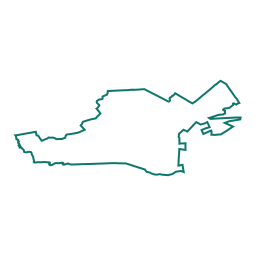 Krišjāņu pag., Balvu, Latvia
{"feature_id": "27541924B18316673123467", "entity_name": "Krišjāņu pag.", "entity_type": "district", "adm_level": 2, "iso_a3": "LVA", "parent_name": "Latvia", "parent_adm1": "Balvu", "projection": "natural_earth1", "projection_center": [27.279, 56.822], "detail": "fine", "context": "isolated", "style": "outline", "palette": "teal", "viewbox_px": 256, "rotation_deg": 0, "n_neighbors": 0, "source": "geoboundaries", "source_scale": "gbopen_adm2", "svg_char_len": 5373}
<svg xmlns="http://www.w3.org/2000/svg" viewBox="0 0 256 256"><path d="M239.3,103.0L236.7,98.8L235.0,96.9L234.0,95.4L231.9,92.3L229.4,88.8L226.9,85.2L226.3,84.2L224.0,82.8L220.5,80.8L219.1,81.9L216.0,84.6L215.3,84.7L210.6,88.9L210.0,89.4L205.1,93.5L202.3,95.7L199.2,98.4L197.3,99.9L196.4,100.6L195.4,101.5L193.9,102.4L193.1,102.9L192.4,103.4L191.9,103.1L191.7,103.0L191.6,102.9L189.5,101.8L184.6,98.8L181.8,97.2L181.7,97.1L180.9,96.7L175.3,93.3L175.0,93.3L174.5,94.4L174.3,94.5L173.7,95.0L173.4,95.4L173.1,95.6L172.9,95.7L172.2,96.0L171.9,96.1L171.8,96.3L171.7,96.4L171.6,96.7L171.4,97.0L171.1,97.2L170.3,97.4L169.9,97.8L169.5,98.5L169.9,99.3L169.9,99.9L170.0,100.4L169.9,100.7L169.1,101.4L168.8,101.6L168.0,101.4L160.6,97.5L159.1,96.7L146.5,90.3L145.2,89.6L144.5,89.2L144.4,89.2L142.0,89.3L136.8,89.7L133.3,89.8L133.2,89.9L133.1,90.0L132.2,89.6L131.5,89.8L130.8,89.8L127.1,90.2L125.4,90.2L114.3,90.7L107.7,91.1L107.6,92.9L107.6,93.0L107.1,94.2L107.0,94.6L106.4,94.9L102.8,96.4L102.7,96.4L102.6,96.5L102.6,97.0L102.6,97.9L102.6,98.5L102.5,98.8L102.3,99.0L102.1,99.1L99.0,99.6L98.8,99.7L98.5,99.9L98.3,100.0L97.9,100.3L97.0,100.9L96.9,101.0L96.7,101.7L96.7,102.1L96.9,102.6L97.0,102.9L97.8,103.7L99.2,105.1L99.3,105.2L99.2,105.6L99.1,105.9L98.1,107.2L97.0,108.5L96.8,108.6L96.6,108.7L99.4,112.1L100.4,113.5L96.4,117.5L95.7,118.4L91.2,119.3L87.3,120.4L83.3,121.7L82.9,121.8L82.0,123.9L81.6,124.5L80.7,125.5L84.7,129.8L81.7,131.1L80.9,131.5L78.7,132.5L73.4,133.6L72.5,133.7L70.8,134.0L69.5,134.2L68.2,134.3L67.7,134.4L66.3,134.8L66.1,135.0L65.8,135.6L65.6,136.0L65.2,137.8L62.4,138.7L62.1,139.0L56.5,139.1L56.3,139.1L56.2,139.1L55.9,138.9L54.9,138.2L54.6,138.0L54.2,137.9L53.3,137.7L52.4,137.6L52.0,137.6L50.8,137.7L50.4,137.7L48.9,137.6L48.6,137.5L48.4,137.7L47.1,138.6L46.5,138.8L45.1,139.4L41.7,140.8L40.7,139.4L40.3,138.8L39.0,136.9L38.2,135.7L36.5,135.3L35.8,131.8L16.8,135.2L15.4,135.3L15.7,135.7L15.9,136.3L16.3,138.2L16.4,139.0L16.6,139.0L16.8,139.0L17.3,139.3L17.4,139.5L17.5,139.8L18.0,139.9L18.1,140.0L17.8,140.2L17.7,140.4L17.7,140.5L17.8,140.7L18.4,141.0L18.6,141.3L18.6,141.7L18.8,141.8L18.5,142.2L18.3,142.4L18.2,142.6L18.3,142.7L18.3,142.8L18.3,143.0L18.5,143.2L19.0,143.7L19.6,144.3L19.6,144.5L19.3,144.7L19.0,144.8L18.6,145.2L18.5,145.5L18.8,145.8L19.0,145.7L19.3,145.6L19.6,145.6L19.9,145.5L20.1,145.6L20.2,145.8L19.8,146.1L19.5,146.4L19.5,146.5L19.8,146.9L19.7,147.0L19.6,147.3L19.6,147.6L19.9,147.7L20.3,147.4L20.6,147.3L21.0,147.3L21.3,147.4L21.5,147.6L21.7,147.9L21.8,148.3L22.0,148.4L22.4,148.9L23.6,149.9L23.8,150.2L23.9,150.5L24.0,150.8L24.0,151.3L24.2,152.0L25.1,152.2L26.0,152.3L26.6,152.3L27.5,152.1L28.2,151.9L28.5,151.9L29.0,151.9L29.9,151.9L30.3,152.0L30.8,152.1L31.1,152.2L31.3,152.4L31.4,152.6L31.5,152.9L31.6,153.1L31.8,154.1L31.9,154.8L32.2,155.2L32.8,156.1L33.0,156.4L33.1,156.7L33.4,158.4L33.6,159.3L33.8,159.9L34.0,160.5L34.1,160.9L34.1,161.0L33.8,161.6L33.7,161.8L33.8,162.0L34.3,162.4L35.0,162.5L35.7,162.5L36.1,162.5L37.3,162.2L37.9,162.2L38.8,162.2L39.9,162.3L40.4,162.3L43.4,162.1L44.4,162.0L45.1,162.1L45.5,162.1L47.0,162.3L49.4,162.4L49.6,162.4L49.8,162.5L49.9,162.8L49.9,163.1L49.3,163.7L49.2,163.9L49.2,164.1L49.2,164.4L49.2,164.5L49.5,164.8L50.2,165.1L50.6,165.1L51.0,165.1L51.4,165.1L51.8,165.0L52.3,164.8L52.7,164.6L53.2,164.2L53.4,164.1L54.0,163.8L55.2,163.3L56.0,163.0L56.3,163.0L58.1,163.3L61.7,162.8L62.3,162.7L62.5,162.7L62.9,162.8L63.1,163.0L63.3,163.2L63.4,163.4L63.3,163.7L62.7,164.1L62.7,164.3L62.9,164.5L63.4,164.6L63.7,164.6L64.3,164.6L64.9,164.4L66.0,164.1L67.7,163.6L67.9,163.5L68.4,163.6L68.7,163.7L69.2,164.0L70.6,164.5L70.8,164.5L71.2,164.5L79.5,164.3L79.7,164.2L85.6,164.1L106.4,163.4L107.8,163.3L108.4,163.3L109.3,163.2L111.6,163.2L114.6,163.1L118.7,163.3L124.7,163.4L125.7,163.4L127.7,164.0L129.7,164.6L135.1,166.4L140.2,168.0L141.0,168.2L141.2,168.3L144.4,169.4L144.7,169.5L144.9,169.5L145.0,169.7L145.4,170.2L146.3,171.5L146.5,171.7L146.6,171.8L146.8,171.9L147.1,172.0L149.7,172.5L149.8,172.5L150.6,173.1L151.1,173.4L155.2,174.6L155.4,174.6L155.8,174.6L156.9,174.6L157.4,174.6L159.1,174.2L159.5,174.2L160.1,174.2L161.2,174.5L161.6,174.6L164.7,174.9L168.3,175.2L169.1,174.8L172.2,174.2L176.0,171.7L176.3,171.6L177.9,171.4L181.0,171.0L183.7,172.0L182.5,164.8L179.7,165.4L178.4,165.6L178.5,163.3L178.6,161.7L178.7,158.4L179.1,153.7L179.3,149.0L180.6,149.2L185.5,149.9L185.5,148.1L185.4,145.2L185.5,143.3L180.6,143.5L179.4,143.7L179.5,140.6L179.3,140.5L179.4,138.0L179.3,137.8L179.3,137.7L178.7,137.1L178.7,136.7L178.8,135.9L179.0,134.2L179.0,133.8L179.1,133.6L179.9,133.0L182.6,130.6L182.8,130.4L183.1,130.2L183.4,129.8L184.1,130.1L186.2,130.9L187.2,131.6L190.5,128.2L192.8,125.8L192.8,125.7L196.3,122.1L200.6,124.5L204.8,123.4L207.2,122.1L207.8,123.2L209.6,127.2L208.6,127.5L206.0,128.2L201.6,130.0L203.0,133.3L203.3,134.0L211.1,130.5L211.4,131.1L211.5,131.3L211.6,131.5L211.4,134.7L214.7,134.9L220.6,134.4L220.9,134.4L225.8,131.3L233.0,126.6L230.2,125.3L229.4,124.9L229.2,124.9L224.8,122.9L229.0,121.3L240.3,119.4L240.6,117.5L236.2,117.5L213.5,118.7L213.4,118.6L212.8,118.8L212.1,118.8L211.0,118.9L210.5,118.9L209.1,118.0L211.6,117.2L213.3,116.6L218.4,114.9L223.4,114.4L224.0,113.8L225.1,113.5L225.0,110.8L223.3,110.2L223.2,109.5L224.3,108.6L229.7,107.8L230.6,106.9L231.3,106.3L233.1,105.0L233.0,103.6L233.8,103.4L236.2,104.6L237.4,103.7L239.3,103.0Z" fill="none" stroke="#0f766e" stroke-width="2"/></svg>